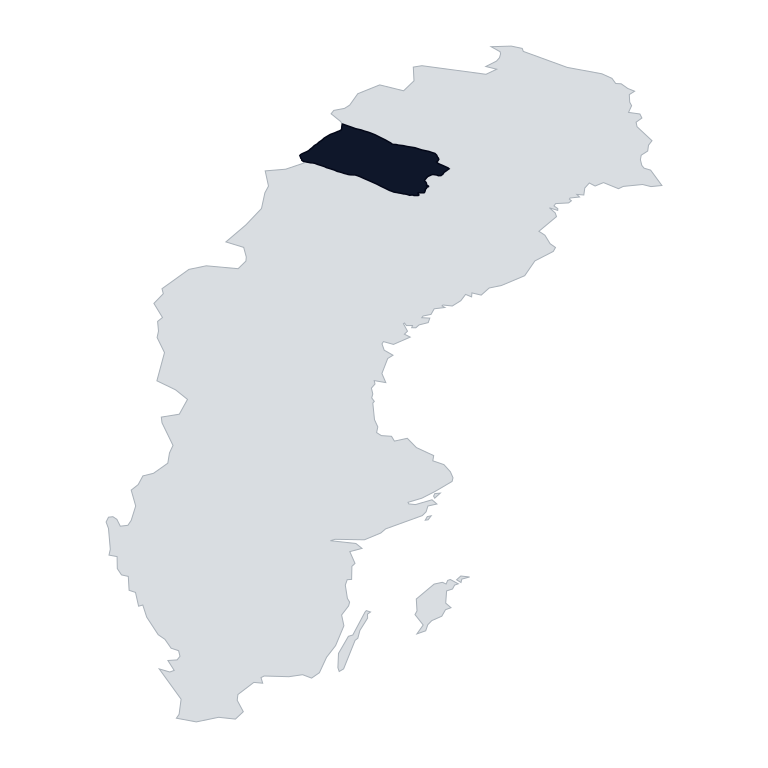 Arjeplog, Norrbotten, Sweden (highlighted)
{"feature_id": "70781695B22534233820232", "entity_name": "Arjeplog", "entity_type": "district", "adm_level": 2, "iso_a3": "SWE", "parent_name": "Sweden", "parent_adm1": "Norrbotten", "projection": "equal_earth", "projection_center": [17.292, 66.388], "detail": "fine", "context": "in_parent", "style": "filled", "palette": "ink", "viewbox_px": 768, "rotation_deg": 0, "n_neighbors": 0, "source": "geoboundaries", "source_scale": "gbopen_adm2", "svg_char_len": 5706}
<svg xmlns="http://www.w3.org/2000/svg" viewBox="0 0 768 768"><path d="M116.9,519.4L120.3,526.2L127.9,525.3L131.2,520.4L135.7,506.0L131.2,490.1L138.2,484.6L142.9,475.9L153.5,473.3L167.8,463.2L169.5,452.9L173.0,445.4L162.0,422.8L161.3,417.1L179.3,414.2L187.5,399.4L175.5,389.8L156.9,380.8L164.5,352.6L157.1,337.5L158.5,331.1L157.6,321.4L162.5,317.5L153.9,303.4L163.3,293.7L162.0,288.7L188.9,269.4L206.3,265.8L238.1,268.7L245.9,261.1L246.3,257.0L243.7,247.4L225.9,241.9L245.9,224.9L261.5,208.5L264.9,192.8L268.5,186.1L265.2,170.9L285.7,169.2L304.0,163.0L301.7,154.8L342.1,129.9L343.4,125.6L340.5,121.4L331.1,113.8L333.8,110.4L344.5,108.4L349.7,105.1L357.8,93.7L379.7,84.9L403.6,90.8L414.0,80.8L413.3,67.1L421.9,65.7L486.0,74.3L496.7,69.2L485.8,66.5L496.5,61.1L499.5,57.7L500.6,53.8L500.1,51.7L491.1,46.7L511.3,46.1L522.2,48.4L523.3,51.4L567.2,67.4L601.9,73.8L612.0,78.4L615.7,83.5L621.2,83.8L627.8,88.5L634.6,91.2L629.3,94.6L629.7,102.2L631.6,105.7L628.5,112.4L639.9,114.0L641.9,118.0L636.1,122.2L637.0,126.7L652.0,140.7L648.5,145.2L647.7,151.0L641.2,155.2L640.4,159.7L641.8,165.4L644.1,168.2L650.6,170.1L661.9,185.5L651.0,186.6L642.6,184.5L623.3,186.4L618.5,188.7L603.5,182.6L595.1,186.0L589.3,183.0L584.8,188.0L583.8,195.0L576.8,194.4L579.5,197.0L570.1,198.0L569.4,199.1L571.4,200.8L568.6,202.9L555.6,203.6L554.0,205.9L557.8,208.6L557.7,210.4L549.4,207.8L555.2,212.9L556.5,216.6L538.9,231.3L544.9,235.2L550.1,243.7L555.5,247.5L553.3,251.4L534.9,260.9L524.7,275.7L501.4,285.5L489.2,288.0L481.2,295.1L471.9,292.9L471.6,296.9L465.6,294.4L460.8,300.7L452.3,306.0L443.0,305.0L442.0,305.9L444.9,307.5L434.2,308.8L431.0,314.4L423.1,316.0L421.8,317.7L429.8,318.1L428.2,322.6L419.1,324.9L415.8,327.8L411.7,327.7L412.5,325.5L406.4,325.6L404.5,323.0L403.4,323.7L407.5,331.2L404.4,334.2L410.2,337.1L393.5,344.4L383.4,341.6L382.0,343.9L384.2,350.2L393.0,355.2L387.7,358.5L381.9,373.5L385.8,382.6L374.2,380.6L375.0,384.0L371.4,388.1L372.8,394.0L371.7,397.9L374.3,401.4L372.8,403.1L374.5,419.7L377.8,426.9L376.6,432.6L381.3,435.6L391.5,436.3L394.4,441.1L407.3,438.3L416.4,447.6L433.7,455.6L432.8,460.8L443.9,464.6L450.4,471.8L453.0,477.8L452.1,481.4L435.0,491.5L421.8,498.2L408.0,502.3L408.7,503.9L415.5,504.6L432.0,499.8L436.9,504.0L427.9,506.0L426.1,511.8L422.3,515.6L385.6,528.9L380.8,533.0L364.4,539.8L335.0,539.3L330.4,540.7L355.9,543.5L362.0,548.4L349.8,551.6L355.0,563.4L351.9,566.3L351.6,579.4L347.2,579.7L345.3,585.1L347.4,598.4L349.6,602.1L348.6,605.9L341.6,615.0L343.9,625.8L335.6,645.6L326.6,657.2L319.4,672.7L311.6,678.1L302.6,674.7L288.9,676.7L264.1,676.0L261.0,677.6L262.7,683.2L253.8,682.4L237.9,694.5L237.2,700.3L243.3,711.7L235.4,719.1L218.6,717.3L196.3,721.9L176.4,718.2L179.1,714.3L181.1,699.2L159.2,668.9L169.8,672.0L174.2,670.4L167.9,660.5L177.1,659.9L180.0,656.3L178.6,650.7L171.1,648.2L164.9,639.3L158.2,634.7L146.7,617.1L142.8,605.0L138.6,606.2L135.5,592.4L129.1,590.3L128.3,576.4L121.5,574.9L117.3,568.6L117.1,556.6L109.0,555.1L110.3,549.3L108.5,528.5L106.1,522.0L108.5,517.2L112.9,516.7L116.9,519.4ZM458.3,583.8L454.6,585.1L452.5,589.0L446.6,590.9L445.7,603.1L451.0,607.7L445.5,609.7L441.8,616.2L431.8,620.6L427.8,624.7L425.7,630.8L416.9,633.9L423.2,625.0L415.0,614.6L417.0,610.9L416.3,599.0L434.1,584.1L442.4,582.3L446.1,584.0L447.7,580.4L450.3,579.5L458.3,583.8ZM343.6,668.9L339.2,671.5L337.9,667.7L338.5,653.4L348.4,636.3L352.8,635.0L365.0,612.1L366.3,610.6L370.5,612.0L367.5,614.1L367.6,618.1L359.9,630.4L357.8,638.3L355.1,640.3L343.6,668.9ZM461.8,579.1L461.0,582.5L456.6,579.8L460.8,576.0L469.6,577.0L461.8,579.1ZM440.3,493.1L434.7,498.2L433.6,496.1L434.8,493.6L440.3,493.1ZM428.1,519.8L425.2,520.2L427.3,516.6L431.2,515.8L428.1,519.8Z" fill="#d9dde1" stroke="#a8b0b8" stroke-width="1"/><path d="M449.1,168.8L448.1,167.9L442.6,165.4L439.7,164.2L437.7,163.1L436.6,162.0L437.8,161.0L438.8,159.4L438.3,158.0L437.5,157.1L436.7,155.2L434.9,153.4L432.0,152.5L428.8,151.4L425.9,150.8L421.7,149.9L414.9,147.7L407.2,146.5L403.2,145.6L398.5,145.1L396.1,144.5L393.1,144.4L391.8,143.9L390.7,142.9L388.8,141.9L385.5,140.0L379.8,137.2L375.1,134.8L370.6,133.0L368.1,132.1L364.5,131.1L361.1,129.9L355.7,128.7L351.6,127.2L347.2,125.7L342.8,124.1L342.2,124.1L342.0,125.3L341.8,126.8L341.7,128.3L341.5,129.6L340.5,130.3L339.5,130.9L337.7,131.5L334.8,132.8L330.4,134.4L328.0,135.8L325.3,137.4L323.9,138.3L322.7,139.5L321.3,140.6L318.8,142.3L317.2,143.9L314.3,145.6L312.3,147.6L310.1,149.3L309.2,150.2L308.5,150.8L306.3,151.9L303.3,153.2L301.6,154.0L300.4,154.8L299.8,155.7L300.2,156.3L300.5,157.1L300.8,158.2L301.5,158.8L301.7,159.5L301.8,160.3L302.8,160.9L303.1,161.3L303.7,161.4L305.1,161.7L305.9,161.9L306.3,162.0L308.6,162.4L310.4,162.8L312.6,162.9L314.8,163.3L317.5,164.4L320.5,165.3L322.6,166.0L324.7,166.7L326.4,167.6L328.5,168.2L331.7,169.2L334.5,170.1L337.2,171.4L339.8,172.0L341.9,172.6L344.1,173.4L346.6,174.0L348.1,174.5L350.2,174.8L353.1,174.9L355.0,174.9L357.5,175.7L359.9,176.6L363.8,178.4L367.8,180.1L376.6,184.0L381.0,186.3L384.8,188.1L389.6,190.5L392.0,191.3L393.6,192.0L395.1,192.3L397.3,192.6L398.3,192.9L400.4,193.2L402.2,193.6L403.9,194.0L405.0,194.0L406.9,194.4L408.5,194.9L409.6,195.3L410.9,195.1L412.3,195.0L413.7,195.3L413.9,195.5L418.2,195.5L418.9,195.0L418.7,194.3L418.0,193.8L417.7,193.1L418.5,192.7L420.5,192.8L424.0,192.8L424.5,192.4L425.2,190.7L425.4,189.1L426.3,188.6L426.9,187.3L427.3,187.1L428.5,186.6L428.4,186.0L427.6,185.8L426.6,185.6L427.0,185.1L426.5,184.2L426.4,183.1L425.8,182.1L424.7,181.1L424.6,180.3L425.0,179.6L425.7,178.9L426.6,177.7L428.0,176.4L430.5,175.3L431.5,174.8L432.8,174.5L434.5,174.7L436.7,175.0L438.3,175.7L441.0,175.6L441.5,175.1L442.7,174.4L444.1,172.3L446.2,170.9L448.3,169.3L449.1,168.8Z" fill="#0f172a" stroke="#020617" stroke-width="1.5"/></svg>